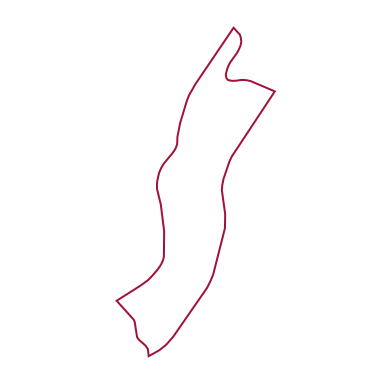 the Governorate of Asyut, rotated 236°
{"feature_id": "EGY-1549", "entity_name": "Asyut", "entity_type": "Governorate", "adm_level": 1, "iso_a3": "EGY", "parent_name": "Egypt", "parent_adm1": "", "projection": "equal_earth", "projection_center": [31.171, 27.231], "detail": "fine", "context": "isolated", "style": "outline", "palette": "rose", "viewbox_px": 384, "rotation_deg": 236, "n_neighbors": 0, "source": "natural_earth", "source_scale": "10m", "svg_char_len": 972}
<svg xmlns="http://www.w3.org/2000/svg" viewBox="0 0 384 384"><g transform="rotate(236 192 192)"><path d="M80.1,64.3L86.5,67.6L91.0,67.5L98.6,65.5L100.9,65.3L102.4,65.3L116.2,71.8L118.7,72.3L144.0,68.7L143.2,96.7L143.5,106.0L144.3,110.3L146.6,119.1L148.1,123.3L149.8,126.9L151.9,130.2L154.2,132.6L174.9,146.9L199.0,159.1L214.0,164.7L217.4,166.8L221.0,169.8L226.3,175.4L229.2,180.0L231.3,184.5L235.1,197.4L236.9,202.0L238.7,204.8L240.4,206.8L245.8,210.7L255.7,220.6L270.6,238.9L273.9,243.8L279.4,254.8L304.9,318.3L295.4,319.7L292.6,318.7L289.1,317.0L286.4,314.3L284.1,310.8L282.1,307.0L278.4,296.9L276.6,293.3L274.7,290.5L270.6,285.8L267.5,284.3L264.9,284.4L263.5,285.5L261.6,287.6L259.2,291.5L257.7,294.8L256.1,297.4L253.8,300.1L251.2,302.6L229.1,316.9L199.2,244.9L196.3,240.0L185.2,225.4L180.8,221.0L176.9,217.8L155.0,207.1L143.5,199.0L112.0,163.7L108.3,158.3L104.2,151.1L82.4,95.2L79.8,85.2L79.1,76.6L80.1,64.3Z" fill="none" stroke="#9f1239" stroke-width="2"/></g></svg>